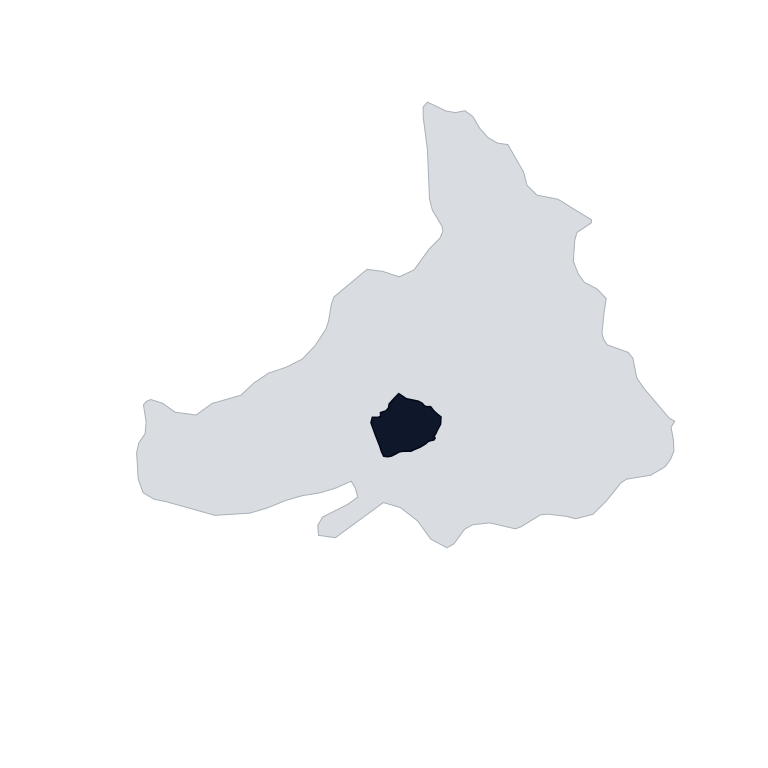 Sánchez Ramírez highlighted on a map of Dominican Republic, rotated 149°
{"feature_id": "DOM-1395", "entity_name": "Sánchez Ramírez", "entity_type": "Province", "adm_level": 1, "iso_a3": "DOM", "parent_name": "Dominican Republic", "parent_adm1": "", "projection": "equal_earth", "projection_center": [-70.165, 19.005], "detail": "fine", "context": "in_parent", "style": "filled", "palette": "ink", "viewbox_px": 768, "rotation_deg": 149, "n_neighbors": 0, "source": "natural_earth", "source_scale": "10m", "svg_char_len": 2141}
<svg xmlns="http://www.w3.org/2000/svg" viewBox="0 0 768 768"><g transform="rotate(149 384 384)"><path d="M154.5,525.4L155.2,493.6L159.1,480.7L155.6,467.1L139.7,452.7L130.1,434.1L121.5,417.7L123.5,415.3L140.7,414.5L146.8,408.5L158.5,391.7L160.8,378.1L159.9,367.9L152.4,355.7L149.5,342.8L158.9,331.5L171.1,315.1L172.8,308.8L172.5,302.6L158.4,285.3L157.4,277.9L164.1,259.2L163.5,246.7L157.1,208.0L154.0,202.3L160.3,199.0L164.5,187.5L170.0,177.2L177.4,171.7L185.7,168.3L202.3,168.5L225.2,177.5L231.7,177.3L253.7,169.2L272.0,164.7L289.1,169.8L296.1,176.8L310.3,187.9L317.4,191.3L339.8,191.0L345.9,192.1L364.7,210.4L380.6,217.7L389.8,218.0L406.3,211.0L414.4,211.2L423.8,226.9L425.7,249.3L433.6,269.7L445.6,282.7L504.9,277.3L518.1,288.0L513.6,296.9L505.2,301.6L477.1,299.5L464.7,300.6L462.2,309.4L462.2,317.6L478.7,319.6L494.9,323.7L511.4,330.3L528.2,334.8L547.1,337.7L565.7,342.5L596.7,358.6L631.2,395.2L640.4,403.6L646.5,415.0L643.6,429.2L631.5,452.4L624.5,459.8L614.4,464.4L607.5,473.9L600.9,490.1L596.8,491.5L591.9,490.8L583.7,481.6L577.7,467.5L561.1,454.2L541.5,455.9L512.4,448.1L494.9,451.9L477.3,452.8L459.3,448.8L441.3,447.4L423.2,452.4L405.7,460.9L399.3,466.3L388.0,479.5L382.1,484.4L339.5,491.0L327.2,481.3L315.9,468.1L299.5,466.3L275.7,476.5L260.9,480.2L254.8,484.6L253.0,489.7L253.0,508.2L249.6,519.4L226.3,562.0L213.2,592.0L207.8,601.3L201.6,603.3L190.2,586.0L182.9,579.8L173.9,576.6L170.1,567.5L170.3,554.4L168.0,541.8L162.5,531.9L154.5,525.4Z" fill="#d9dde1" stroke="#a8b0b8" stroke-width="1"/><path d="M376.3,368.2L372.5,360.0L366.4,354.4L363.4,351.6L361.1,347.8L360.7,344.9L359.4,342.8L355.7,340.6L355.1,335.4L353.8,330.9L352.1,326.4L356.2,320.4L361.9,317.0L365.4,314.6L368.6,313.1L368.3,312.6L368.0,312.1L368.0,311.3L367.5,311.5L370.2,310.3L372.9,311.3L375.9,312.0L378.9,311.3L385.2,311.2L391.5,312.1L395.6,312.5L399.3,314.7L402.5,316.6L405.9,317.9L410.3,318.0L414.9,318.4L418.5,319.8L421.5,322.3L421.0,327.4L419.7,332.7L417.6,345.1L415.1,357.6L411.1,361.5L406.5,358.6L403.6,358.0L401.8,361.3L399.3,360.8L396.3,360.0L392.5,361.2L389.8,364.3L383.7,366.2L376.3,368.2Z" fill="#0f172a" stroke="#020617" stroke-width="1.5"/></g></svg>